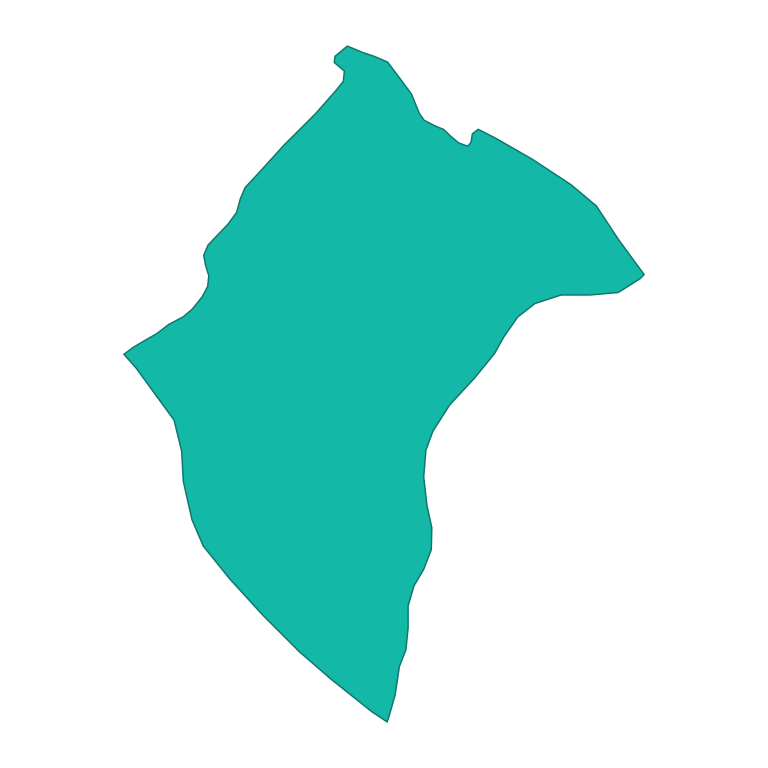 Haute-Banio, Nyanga, Gabon
{"feature_id": "22940354B88632619890778", "entity_name": "Haute-Banio", "entity_type": "district", "adm_level": 2, "iso_a3": "GAB", "parent_name": "Gabon", "parent_adm1": "Nyanga", "projection": "robinson", "projection_center": [11.179, -3.673], "detail": "fine", "context": "isolated", "style": "filled", "palette": "teal", "viewbox_px": 768, "rotation_deg": 0, "n_neighbors": 0, "source": "geoboundaries", "source_scale": "gbopen_adm2", "svg_char_len": 1141}
<svg xmlns="http://www.w3.org/2000/svg" viewBox="0 0 768 768"><path d="M644.1,274.5L618.5,239.6L596.4,206.0L571.0,184.7L533.0,159.7L496.0,138.4L478.2,129.3L472.4,133.8L471.0,142.5L467.7,146.2L458.6,142.9L451.7,137.1L443.4,129.3L435.4,126.1L424.2,120.3L419.5,113.8L415.8,104.7L411.5,94.1L398.1,76.0L387.6,62.1L374.1,56.3L362.9,52.6L347.3,46.1L335.0,56.3L334.3,62.5L344.4,71.1L343.3,81.4L335.7,90.8L315.4,113.8L284.2,144.9L259.6,172.0L245.1,187.6L240.4,198.6L236.7,212.2L228.4,223.7L208.1,245.0L203.7,255.2L205.6,265.5L208.8,275.7L207.7,286.4L202.3,296.6L192.5,308.9L183.4,316.7L168.6,324.5L157.0,333.5L145.4,340.1L133.0,347.5L123.9,354.3L135.8,367.7L174.1,420.2L181.7,451.4L183.3,481.3L192.0,519.8L203.3,546.1L229.8,579.0L263.3,615.7L299.2,651.6L330.7,678.9L371.9,711.8L387.1,721.9L388.6,717.7L395.1,695.1L399.4,666.4L405.9,649.9L408.1,627.9L408.1,605.9L414.0,585.8L423.7,569.3L431.3,549.7L431.8,527.7L427.0,505.7L423.7,477.0L425.9,450.2L432.9,431.2L449.7,404.9L474.5,378.1L494.5,353.6L503.7,337.1L517.7,317.0L535.0,303.5L561.0,295.0L589.6,295.0L618.2,292.5L640.4,278.5L644.1,274.5Z" fill="#14b8a6" stroke="#0f766e" stroke-width="1.5"/></svg>